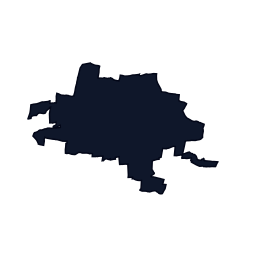 Botesti, Vaslui, Romania, rotated 122°
{"feature_id": "2599482B66612937018908", "entity_name": "Botesti", "entity_type": "district", "adm_level": 2, "iso_a3": "ROU", "parent_name": "Romania", "parent_adm1": "Vaslui", "projection": "robinson", "projection_center": [27.902, 46.78], "detail": "fine", "context": "isolated", "style": "filled", "palette": "ink", "viewbox_px": 256, "rotation_deg": 122, "n_neighbors": 0, "source": "geoboundaries", "source_scale": "gbopen_adm2", "svg_char_len": 5815}
<svg xmlns="http://www.w3.org/2000/svg" viewBox="0 0 256 256"><g transform="rotate(122 128 128)"><path d="M182.5,167.7L182.1,166.5L180.8,164.9L180.2,162.2L179.6,160.8L178.7,159.1L178.6,158.9L177.4,158.2L175.4,157.3L174.6,156.5L173.7,154.9L173.6,153.8L173.3,153.2L171.3,150.1L170.4,148.3L170.3,147.8L170.3,147.4L170.1,146.8L169.5,146.2L168.6,144.6L171.2,143.2L169.2,140.0L168.9,139.9L168.5,139.3L168.3,139.1L168.4,138.8L167.5,137.9L166.4,136.4L165.2,134.3L169.1,132.7L168.9,132.6L168.7,131.9L168.9,131.7L168.3,131.4L167.0,131.3L165.6,130.1L165.3,129.3L165.1,128.0L164.2,126.6L163.5,126.9L163.3,126.7L164.4,126.0L162.1,123.6L161.1,122.2L159.7,123.2L157.9,121.3L157.1,120.5L163.3,115.8L163.3,115.6L163.1,115.4L162.6,114.9L161.7,113.4L159.9,111.0L159.0,109.2L158.7,109.0L167.8,102.7L169.8,101.7L167.3,98.0L168.8,97.5L168.2,96.6L168.1,96.3L167.9,94.2L167.3,92.2L166.5,90.6L165.7,89.3L165.3,88.8L171.4,85.4L172.8,84.8L173.3,84.8L173.7,85.1L174.4,84.9L174.0,82.6L171.9,79.2L171.7,78.3L171.6,77.7L171.3,77.2L170.7,75.8L169.5,74.7L168.6,74.0L167.0,72.1L166.7,71.4L166.6,71.1L166.8,69.3L166.6,68.6L167.0,67.2L166.8,66.2L166.5,65.5L165.9,64.6L165.5,64.2L165.3,64.2L164.4,64.2L162.1,64.4L160.0,64.4L159.6,64.5L155.9,65.8L157.4,68.8L152.7,70.2L153.5,72.6L153.7,73.5L154.6,76.0L155.6,79.2L155.9,79.9L156.0,80.5L156.4,80.9L156.6,81.7L157.0,82.5L157.0,82.8L156.7,83.0L156.2,83.0L153.0,81.6L152.5,81.7L152.2,82.0L152.0,82.8L150.8,84.9L150.8,85.2L150.8,85.6L143.3,89.9L143.1,89.7L142.3,89.5L141.8,89.1L141.3,88.5L140.3,87.7L139.2,86.7L138.0,85.1L136.8,85.8L135.3,84.5L127.0,87.8L126.3,86.4L125.3,84.5L125.0,84.5L124.4,83.8L123.3,82.6L122.3,82.0L121.9,81.6L121.5,81.4L119.5,79.9L118.7,78.1L126.8,74.1L125.7,72.1L124.8,71.2L123.5,69.6L122.9,69.0L122.7,68.6L122.7,68.4L122.4,67.6L122.4,67.3L124.9,66.5L125.1,66.2L123.5,63.8L123.0,62.5L122.4,61.6L119.9,58.6L119.9,58.4L122.5,57.4L122.1,55.8L123.3,55.9L123.0,50.5L122.5,47.1L121.6,45.7L121.0,45.2L120.6,44.3L120.6,43.2L120.0,42.5L119.8,41.8L119.5,41.5L119.1,40.5L118.7,40.4L117.6,38.3L116.3,36.6L114.4,33.4L113.4,33.4L112.9,33.6L112.1,33.7L109.8,33.9L109.4,33.8L109.1,33.9L111.0,37.5L111.6,38.3L112.6,40.6L115.2,45.7L114.8,46.0L115.2,46.8L115.1,47.0L114.4,47.2L114.1,47.2L113.9,47.3L113.8,47.6L113.8,47.8L114.3,47.9L114.9,48.3L115.4,48.8L115.9,48.9L116.6,48.8L117.9,51.5L117.7,52.5L117.7,53.2L117.0,53.7L115.8,55.2L115.2,57.4L115.8,58.2L115.9,58.7L115.6,59.7L116.1,60.9L116.1,61.9L115.9,63.2L117.1,64.4L117.7,64.8L118.6,65.6L119.4,66.0L121.1,67.7L120.5,68.2L113.4,70.7L109.7,72.1L108.8,72.4L108.2,72.0L107.1,70.7L106.9,70.3L105.7,68.6L104.9,67.8L103.1,64.7L102.6,64.0L101.9,63.4L99.9,61.2L99.1,60.6L98.5,60.3L97.9,60.2L96.6,59.8L96.2,59.9L95.9,60.2L94.2,61.2L91.1,62.4L89.6,63.4L89.3,63.9L88.8,64.2L87.5,64.7L86.9,64.7L84.9,65.2L84.5,65.5L84.5,65.8L84.7,66.2L84.8,67.1L85.1,68.5L85.1,69.4L85.8,71.1L85.8,71.7L85.5,71.9L85.8,73.1L86.1,73.9L87.6,75.5L87.7,75.8L87.7,76.2L87.9,77.0L88.1,77.3L88.2,78.0L88.1,79.0L88.3,82.8L88.3,83.6L87.8,85.0L87.3,86.4L84.6,90.6L84.6,90.8L84.2,90.9L81.1,90.8L79.6,91.0L77.2,91.0L76.3,91.3L76.4,92.0L76.4,92.9L76.5,93.6L76.4,94.0L77.6,97.0L77.8,98.3L77.8,99.3L77.4,99.6L77.1,100.0L72.7,102.2L73.7,104.1L74.0,104.7L74.2,105.9L75.1,107.6L75.5,108.5L75.9,109.2L77.1,111.9L77.6,114.5L77.9,115.4L79.4,118.1L79.3,118.7L79.0,119.6L78.9,119.9L78.6,120.0L77.8,120.5L74.3,126.7L73.3,127.9L73.1,128.2L72.0,129.4L68.7,131.6L66.9,132.5L67.6,133.7L68.2,134.9L69.2,136.1L70.0,136.9L71.9,139.4L72.3,140.8L73.1,141.7L74.1,142.4L77.2,145.0L77.3,146.7L76.5,146.9L76.8,147.1L78.3,148.9L79.4,150.3L80.7,152.2L82.7,154.0L84.3,156.1L85.6,158.0L86.1,159.1L86.3,160.2L87.3,162.5L90.1,161.3L93.0,160.7L93.2,161.5L93.8,162.5L94.1,163.6L94.7,164.9L94.7,165.4L94.5,165.6L94.5,165.9L94.8,166.2L94.8,166.5L94.4,167.5L94.6,167.8L94.6,169.3L95.4,169.8L96.0,170.8L97.1,171.9L97.2,172.6L97.6,173.4L98.0,174.8L99.3,175.8L100.1,177.5L101.0,178.8L101.4,180.1L96.4,182.1L93.0,184.0L90.6,184.8L90.6,185.1L90.9,186.3L92.1,188.8L92.5,190.2L93.0,193.7L92.8,194.3L98.3,200.2L102.5,200.3L109.7,197.9L111.1,197.5L111.7,197.5L113.3,196.7L116.2,195.7L117.3,195.1L118.9,194.7L121.7,193.8L125.3,192.3L126.4,191.9L128.7,191.3L129.7,190.9L130.0,191.4L130.6,191.9L131.2,192.7L131.4,193.3L131.7,194.3L132.1,195.2L132.1,195.9L132.7,197.1L132.8,197.5L133.4,198.3L133.9,198.7L134.4,200.0L134.6,200.3L135.2,201.4L135.6,202.3L135.7,203.3L135.8,204.7L136.3,206.7L139.1,205.6L142.3,203.5L143.3,203.2L144.0,202.5L144.8,202.2L145.5,203.6L146.4,204.3L146.8,205.2L148.5,207.3L146.3,208.6L146.6,209.0L147.7,209.6L150.0,212.5L151.0,213.8L151.3,214.5L152.1,215.2L153.5,216.2L155.9,218.2L157.8,220.6L159.8,222.6L164.0,220.5L165.7,219.7L166.6,219.4L167.1,219.1L173.2,217.7L173.1,217.3L172.6,216.8L171.3,215.4L170.8,215.7L169.9,215.9L169.0,215.9L167.5,214.7L166.6,213.5L166.2,212.8L165.9,212.3L163.7,212.1L163.0,211.7L162.0,210.8L160.6,207.5L159.6,206.3L159.0,206.1L158.2,206.1L157.3,206.4L155.6,206.0L153.9,205.5L152.8,205.3L151.9,205.3L151.3,204.7L157.4,202.2L159.4,200.9L159.9,200.5L160.6,200.1L164.3,197.5L165.1,197.1L163.8,195.1L163.9,194.8L161.2,192.1L163.2,190.6L164.7,191.3L165.4,191.9L166.2,192.2L167.3,191.1L167.3,190.8L166.7,190.5L165.9,189.6L165.3,189.1L162.1,187.4L161.6,186.9L163.4,185.7L164.0,186.3L167.5,190.8L167.5,191.0L167.9,191.7L168.9,192.7L169.7,194.5L171.0,196.4L172.0,196.7L172.4,197.5L172.9,198.1L175.2,199.8L176.4,201.6L177.4,202.2L178.6,202.5L179.4,203.0L180.6,203.9L181.4,204.7L182.0,204.5L182.3,204.9L185.2,204.3L186.0,201.2L186.7,198.9L188.6,195.9L189.1,195.6L188.9,194.5L188.5,193.3L187.4,190.4L183.2,192.2L182.7,192.8L182.3,193.0L181.8,193.2L181.0,193.2L179.9,193.6L179.8,192.6L179.6,191.4L177.5,186.3L176.3,183.9L176.1,183.1L175.4,182.0L173.8,176.6L173.2,175.5L171.5,172.7L173.6,171.6L174.0,172.4L176.8,170.9L179.4,169.7L182.5,167.7Z" fill="#0f172a" stroke="#020617" stroke-width="1.5"/></g></svg>